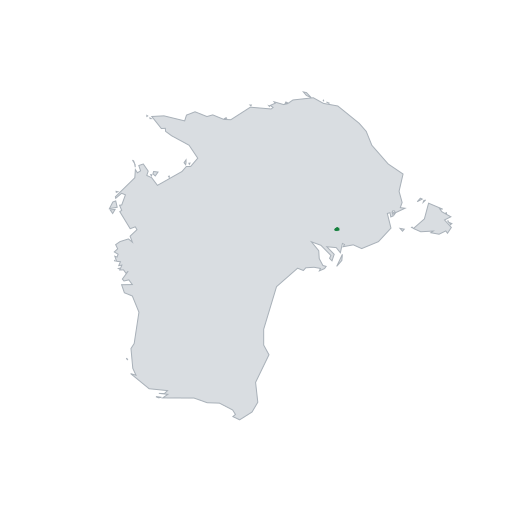 Berri Barmera, South Australia, Australia shown in context, rotated 297°
{"feature_id": "25037944B16571921668942", "entity_name": "Berri Barmera", "entity_type": "district", "adm_level": 2, "iso_a3": "AUS", "parent_name": "Australia", "parent_adm1": "South Australia", "projection": "mercator", "projection_center": [140.504, -34.288], "detail": "fine", "context": "in_parent", "style": "filled", "palette": "green", "viewbox_px": 512, "rotation_deg": 297, "n_neighbors": 0, "source": "geoboundaries", "source_scale": "gbopen_adm2", "svg_char_len": 4830}
<svg xmlns="http://www.w3.org/2000/svg" viewBox="0 0 512 512"><g transform="rotate(297 256 256)"><path d="M339.1,110.4L344.0,131.1L350.0,130.1L356.8,136.2L358.0,149.0L362.1,153.4L363.1,165.4L366.0,171.7L386.0,183.4L393.9,202.8L396.2,203.8L396.6,200.3L400.9,203.8L401.6,202.1L403.5,212.0L406.1,215.0L411.8,218.1L423.0,235.2L422.6,246.8L426.8,260.8L421.1,287.6L417.1,297.6L407.2,309.0L398.0,332.0L395.8,349.8L378.6,354.1L370.0,361.9L364.6,362.6L366.2,367.1L357.7,360.5L359.0,359.0L358.4,357.4L356.9,357.3L354.1,360.1L352.0,358.4L355.4,355.7L353.5,353.7L342.1,363.6L324.4,358.6L310.6,346.8L310.1,337.6L303.8,329.4L306.4,329.7L306.4,327.3L297.2,329.7L299.9,323.7L296.4,314.9L293.0,324.9L286.2,325.9L287.3,322.6L290.5,322.5L295.0,309.0L293.8,298.9L289.2,309.5L282.4,313.5L277.9,319.9L278.6,323.2L275.9,322.8L271.5,319.2L274.2,319.1L272.3,312.8L268.1,305.7L264.6,304.8L264.0,298.6L238.0,288.2L194.2,296.1L180.1,303.3L173.9,312.4L143.2,313.0L126.5,324.0L115.2,323.3L102.6,315.8L102.4,308.3L105.5,309.6L108.2,305.1L108.3,290.2L103.1,279.1L101.3,265.3L87.2,237.3L92.7,240.2L89.5,231.8L91.8,236.8L95.9,238.3L89.2,221.0L94.3,197.7L95.3,203.2L100.0,197.2L116.8,186.6L122.7,187.2L152.8,177.2L164.2,164.0L163.5,155.4L169.4,149.3L174.4,158.8L177.0,153.5L173.8,149.7L174.8,147.4L184.5,149.0L181.5,148.1L183.5,144.3L181.7,141.0L187.0,140.6L185.1,138.1L189.4,137.8L188.0,134.3L191.7,130.3L192.0,132.7L195.0,132.3L195.3,127.9L199.6,129.5L202.4,125.8L207.1,128.3L213.3,134.6L212.2,139.6L216.5,134.8L225.4,138.0L227.2,135.2L223.2,131.5L233.7,114.5L235.7,115.6L239.3,111.4L240.5,113.2L251.2,111.9L250.9,107.8L243.7,104.8L244.9,103.8L270.7,112.5L278.2,109.3L276.3,112.6L279.5,114.5L283.4,110.5L286.8,113.8L282.7,121.4L278.2,122.1L278.4,127.5L274.2,136.1L297.7,151.7L304.1,153.3L306.1,157.1L316.7,159.7L324.3,146.1L324.8,126.3L326.0,118.9L328.6,117.2L326.6,113.8L333.0,99.8L339.1,110.4ZM352.0,383.8L365.5,389.2L381.4,385.8L382.5,401.1L381.4,398.3L379.8,401.6L379.4,411.8L373.7,407.6L370.1,417.1L363.2,416.3L364.5,413.7L358.5,409.2L356.1,401.2L358.7,402.6L352.4,391.8L352.0,383.8ZM231.7,103.9L239.1,103.9L241.4,106.0L236.4,110.2L231.7,103.9ZM283.4,332.6L296.7,332.2L291.0,334.5L283.4,332.6ZM284.8,126.4L286.3,130.6L281.6,129.9L282.4,126.9L284.8,126.4ZM422.2,233.2L421.9,228.0L423.7,223.7L424.5,226.8L422.2,233.2ZM377.6,375.0L382.1,376.2L382.2,378.3L377.6,375.0ZM230.9,105.1L233.5,109.3L228.8,109.0L230.9,105.1ZM347.2,375.9L344.6,375.3L346.0,371.8L347.2,375.9ZM309.9,150.0L307.6,151.2L305.4,151.9L306.5,149.5L309.9,150.0ZM87.2,236.0L85.4,233.5L85.2,231.2L85.5,231.1L87.2,236.0ZM381.3,380.3L383.0,381.7L379.7,380.6L381.3,380.3ZM405.1,212.7L406.8,212.7L406.8,215.0L405.1,212.7ZM363.6,165.2L365.7,166.6L365.3,167.3L363.6,165.2ZM373.6,413.2L373.8,415.8L372.1,415.0L373.6,413.2ZM425.2,248.8L425.4,251.7L425.2,251.6L425.2,248.8ZM250.5,103.7L249.3,102.6L250.1,102.0L250.5,103.7ZM285.1,103.9L283.2,106.0L285.4,102.4L285.1,103.9ZM425.5,245.3L424.6,246.2L425.2,245.2L425.5,245.3ZM287.8,142.5L286.7,142.9L287.3,141.9L287.8,142.5ZM281.1,126.3L279.9,126.5L280.6,125.2L281.1,126.3ZM106.1,186.8L105.7,188.5L105.2,188.4L106.1,186.8ZM330.9,98.8L330.8,100.2L330.3,99.2L330.9,98.8ZM356.9,358.2L357.2,359.3L356.8,358.9L356.9,358.2ZM282.8,106.6L280.3,108.1L282.8,106.2L282.8,106.6ZM188.1,132.2L187.2,133.2L187.8,132.0L188.1,132.2ZM374.5,411.4L373.7,411.9L374.2,410.9L374.5,411.4ZM308.8,155.0L307.4,155.0L308.2,154.1L308.8,155.0ZM183.1,139.8L182.5,140.4L182.4,139.1L183.1,139.8ZM381.0,406.0L379.8,406.8L380.2,405.4L381.0,406.0ZM331.7,94.9L331.6,95.9L330.8,95.4L331.7,94.9ZM356.2,359.7L357.4,360.7L355.5,360.4L356.2,359.7ZM388.4,183.3L387.5,183.3L387.8,182.1L388.4,183.3ZM395.8,200.1L395.3,200.1L395.7,199.2L395.8,200.1ZM352.6,381.9L352.3,382.9L352.0,381.7L352.6,381.9Z" fill="#d9dde1" stroke="#a8b0b8" stroke-width="1"/><path d="M315.1,314.9L315.3,314.9L315.4,315.0L315.5,315.2L315.5,315.3L315.4,315.3L315.3,315.5L315.4,315.4L315.5,315.4L315.5,315.5L315.7,315.8L315.8,315.9L315.7,315.9L315.5,316.0L315.6,316.3L315.6,316.5L315.8,316.6L316.0,316.6L316.3,316.6L316.2,316.5L316.2,316.4L316.3,316.3L316.3,316.2L316.5,316.2L316.6,316.3L316.7,316.5L316.8,316.6L316.9,316.8L316.7,316.8L316.8,317.1L316.7,317.3L316.6,317.2L316.5,317.3L316.6,317.5L316.7,317.8L316.8,317.8L317.0,317.8L317.2,317.7L317.3,317.6L317.4,317.4L317.2,317.4L317.1,317.2L317.3,317.2L317.4,316.9L317.3,317.0L317.3,316.9L317.2,316.9L317.3,316.9L317.2,316.8L317.1,316.7L317.3,316.7L317.2,316.7L317.3,316.6L317.3,316.4L317.4,316.2L317.5,316.2L317.7,315.9L317.7,315.7L317.8,315.7L317.8,315.8L317.9,315.7L318.0,315.7L317.9,315.5L317.8,315.3L317.2,315.3L316.9,315.3L317.0,315.5L316.9,315.5L316.9,315.8L316.7,315.8L316.6,315.7L316.8,315.6L316.7,315.4L316.6,315.2L316.4,315.1L316.4,314.6L315.8,314.6L315.6,314.4L315.4,314.6L315.2,314.6L315.1,314.8L315.1,314.9Z" fill="#22c55e" stroke="#15803d" stroke-width="1.5"/></g></svg>